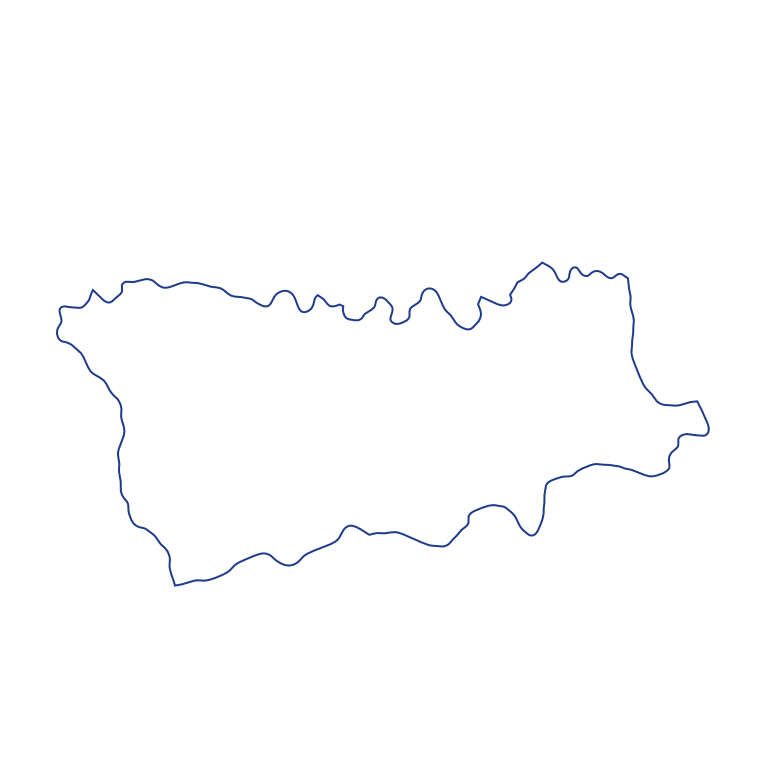 Mao, Valverde, Dominican Republic (orthographic projection), rotated 338°
{"feature_id": "3306468B69236034460520", "entity_name": "Mao", "entity_type": "district", "adm_level": 2, "iso_a3": "DOM", "parent_name": "Dominican Republic", "parent_adm1": "Valverde", "projection": "orthographic", "projection_center": [-71.031, 19.524], "detail": "fine", "context": "isolated", "style": "outline", "palette": "blue", "viewbox_px": 768, "rotation_deg": 338, "n_neighbors": 0, "source": "geoboundaries", "source_scale": "gbopen_adm2", "svg_char_len": 6154}
<svg xmlns="http://www.w3.org/2000/svg" viewBox="0 0 768 768"><g transform="rotate(338 384 384)"><path d="M99.8,384.9L99.6,388.8L99.9,391.3L101.5,396.7L101.8,398.7L101.4,400.8L99.5,406.3L99.0,409.1L98.8,415.0L99.5,419.3L100.6,421.7L102.1,423.7L103.8,425.3L107.5,427.8L109.0,429.4L113.4,436.5L114.9,439.9L117.0,448.9L119.6,454.4L120.6,458.1L120.7,462.1L120.3,464.7L119.5,467.1L116.9,472.5L116.2,475.3L115.6,479.6L115.1,488.7L114.7,492.6L121.3,494.0L134.6,495.3L137.3,496.0L142.8,498.6L145.3,499.5L149.5,500.2L155.2,500.6L162.5,500.5L168.2,499.9L170.9,499.2L177.5,496.2L180.3,495.5L183.2,495.1L189.2,494.8L198.3,494.7L202.8,494.8L207.2,495.4L208.5,495.8L211.0,497.0L213.7,499.4L215.1,501.4L217.2,506.0L218.6,508.3L221.1,511.6L223.1,513.6L225.2,515.3L227.7,516.6L228.9,517.1L231.6,517.5L234.2,517.5L236.8,517.1L239.2,516.3L244.6,513.7L248.7,512.7L256.1,512.3L274.1,512.5L279.9,511.9L282.6,511.0L285.0,509.7L291.1,504.7L293.3,503.3L295.8,502.5L298.4,502.4L299.6,502.7L301.8,503.8L304.7,506.2L307.7,509.7L313.9,518.3L320.7,519.3L322.9,520.1L328.4,522.6L336.0,524.5L339.8,526.0L342.1,527.6L345.3,530.4L359.7,545.1L365.0,550.0L367.4,551.6L376.2,556.0L378.4,556.9L379.7,557.1L382.3,557.1L384.7,556.5L389.9,553.8L394.7,551.8L401.1,548.4L406.9,546.7L408.9,545.7L410.4,544.2L412.8,538.6L413.5,537.8L415.5,536.5L418.0,535.9L420.6,535.6L427.8,535.5L435.1,536.0L439.3,537.0L441.5,538.0L448.6,542.3L449.5,543.0L450.9,544.9L454.3,551.2L455.7,554.7L456.1,557.4L456.8,566.9L457.8,570.7L461.0,576.8L462.2,578.6L463.1,579.3L465.4,580.2L467.8,580.0L470.1,578.8L472.2,577.2L477.3,572.1L480.2,568.8L481.9,566.4L483.4,564.0L485.5,559.2L488.4,553.8L491.3,546.8L496.2,538.8L498.1,537.3L500.6,536.5L503.3,536.2L507.5,536.2L513.3,536.7L516.0,537.2L521.4,539.1L523.5,539.5L525.5,539.2L530.9,537.3L536.6,536.6L545.3,536.7L548.2,537.0L551.0,537.8L557.6,541.2L562.3,543.3L571.5,548.7L573.1,550.0L575.3,552.3L581.3,556.3L591.9,566.3L595.4,568.9L598.0,570.1L602.3,571.0L608.1,571.3L610.8,571.1L613.5,570.6L615.8,569.7L616.8,568.9L617.5,568.0L618.4,565.9L619.2,562.6L620.0,560.3L622.0,557.4L624.8,555.3L631.4,553.0L633.2,551.9L634.3,550.2L636.2,545.5L636.9,544.7L638.9,543.5L640.0,543.3L642.5,543.1L646.2,543.9L653.6,548.1L659.8,551.2L661.8,551.9L662.9,552.0L665.1,551.3L666.8,549.9L668.1,547.9L668.6,546.6L669.1,543.9L669.2,541.1L668.8,527.7L667.9,517.4L661.5,515.6L650.8,514.5L646.9,513.6L636.9,508.8L634.7,507.5L632.1,504.9L630.8,502.8L630.3,501.6L628.5,494.0L625.2,486.1L624.3,481.8L623.9,474.4L623.9,459.2L624.1,453.2L624.8,448.9L625.7,446.4L628.5,441.0L630.6,436.3L634.2,429.9L636.3,425.1L639.5,418.6L640.5,414.3L641.2,407.0L641.7,404.1L642.5,401.6L644.6,397.2L645.5,394.9L647.0,387.0L649.8,377.4L645.6,371.3L644.8,370.6L642.8,369.9L640.8,370.0L637.3,371.1L635.5,371.3L634.5,371.1L632.7,370.1L631.9,369.3L630.6,367.6L628.5,363.4L626.3,360.7L624.4,359.3L623.4,358.8L621.0,358.3L618.7,358.5L614.1,360.0L613.1,360.0L611.2,359.3L609.6,357.9L608.4,356.1L607.8,353.9L606.9,349.8L606.5,348.9L605.8,348.0L604.8,347.4L603.7,347.1L601.5,347.3L599.7,348.4L597.6,350.8L595.5,354.4L593.9,355.8L592.9,356.3L590.7,356.7L588.4,356.4L587.4,355.9L586.4,355.2L585.7,354.2L585.2,353.2L584.7,350.9L584.3,344.6L583.5,340.7L581.4,337.0L576.2,330.7L569.1,333.1L559.7,335.5L554.0,338.6L551.4,339.2L545.7,339.8L540.9,344.0L534.3,348.5L534.1,352.7L533.0,354.8L532.1,355.5L531.0,356.1L528.7,356.6L524.9,356.2L522.5,355.1L519.3,352.7L506.7,339.6L501.1,345.2L501.0,350.6L500.7,353.3L500.0,355.9L497.9,359.0L495.1,361.4L487.7,364.8L485.6,365.4L483.1,365.2L480.9,364.1L477.9,361.5L475.4,358.3L474.1,355.9L473.3,353.3L471.7,345.6L469.2,340.0L468.4,337.5L467.9,333.2L467.7,322.9L467.2,318.7L466.7,317.3L465.5,315.2L463.8,313.4L462.7,312.8L460.3,311.9L459.0,311.9L456.5,312.4L455.5,312.9L453.6,314.3L452.1,315.9L449.7,319.5L448.0,320.8L445.9,321.6L439.0,322.9L436.9,323.7L436.1,324.4L434.9,326.1L433.0,330.8L432.3,331.7L430.4,333.0L428.0,333.7L422.9,334.0L420.4,333.7L417.9,332.9L416.9,332.3L415.2,330.6L414.2,328.6L414.1,327.4L414.3,326.2L414.7,325.2L419.0,319.7L420.1,317.7L420.4,315.4L419.9,313.2L417.5,306.8L416.3,304.8L414.7,303.2L412.7,302.2L411.6,302.1L409.5,302.7L407.9,303.9L405.0,308.0L403.4,309.3L400.1,310.5L394.2,311.5L392.0,312.1L391.1,312.6L389.0,314.3L387.1,315.1L384.9,315.3L383.7,315.1L380.6,313.9L375.9,311.0L374.2,309.4L373.5,308.3L372.9,305.9L373.1,302.2L373.7,299.7L375.4,296.6L372.6,293.7L368.9,293.6L366.5,293.2L364.3,292.3L363.4,291.7L362.6,290.8L361.6,288.8L360.2,284.2L359.2,281.8L355.8,276.8L353.8,277.6L352.0,278.7L348.1,284.1L345.5,286.4L344.4,287.0L342.0,287.8L339.5,288.0L337.1,287.6L336.0,287.0L335.0,286.2L334.3,285.2L333.5,282.9L333.3,280.5L333.5,272.6L333.4,269.9L333.0,267.3L332.0,264.8L330.5,262.8L328.6,261.2L326.2,260.1L323.5,259.7L320.9,259.8L318.3,260.3L317.1,260.8L314.8,262.2L309.9,266.4L307.9,267.7L305.6,268.3L303.2,267.7L301.1,266.4L298.4,263.6L296.0,260.5L293.5,256.4L291.9,254.8L283.9,249.8L278.3,247.0L275.4,244.8L273.2,241.9L270.3,236.5L267.9,233.7L265.9,232.3L260.3,229.2L252.7,223.2L249.4,220.8L244.7,218.6L239.3,215.8L236.8,214.9L232.8,214.3L222.0,213.9L219.4,213.5L216.9,212.7L214.8,211.4L213.1,209.6L211.7,207.7L208.9,202.3L207.4,200.5L204.4,198.3L201.9,197.4L190.1,195.7L183.9,192.9L182.9,192.6L180.7,192.6L178.7,193.5L178.0,194.2L175.9,199.7L175.3,200.5L173.5,201.8L166.8,204.0L162.9,205.5L160.7,205.7L159.6,205.5L157.7,204.4L155.5,201.7L149.3,187.8L145.9,191.1L143.1,194.5L141.5,196.0L136.6,198.6L133.6,199.7L131.4,199.7L129.3,198.9L121.9,195.3L117.1,192.4L114.9,191.9L113.8,192.0L112.7,192.3L111.7,192.9L111.0,193.8L110.5,194.8L110.0,196.9L109.3,202.6L108.6,204.8L107.3,206.5L103.8,209.1L102.1,210.6L100.7,212.5L99.7,214.8L99.4,216.0L99.2,218.5L99.6,220.9L100.7,223.0L101.4,223.8L105.9,227.0L108.3,229.6L109.6,231.7L114.6,241.8L115.4,246.0L115.9,257.7L116.6,262.0L117.1,263.3L118.4,265.8L123.4,272.3L125.5,275.8L126.5,279.6L127.4,287.7L128.0,290.3L128.8,292.6L131.3,298.2L131.8,300.7L132.0,303.4L131.8,306.0L131.3,308.6L128.8,314.0L127.9,316.4L127.4,319.0L126.6,327.0L125.5,330.9L123.3,334.5L114.5,344.1L112.7,346.3L111.3,348.8L110.5,351.3L108.7,358.9L106.1,364.4L105.3,366.8L103.3,375.9L99.8,384.9Z" fill="none" stroke="#1e3a8a" stroke-width="2"/></g></svg>